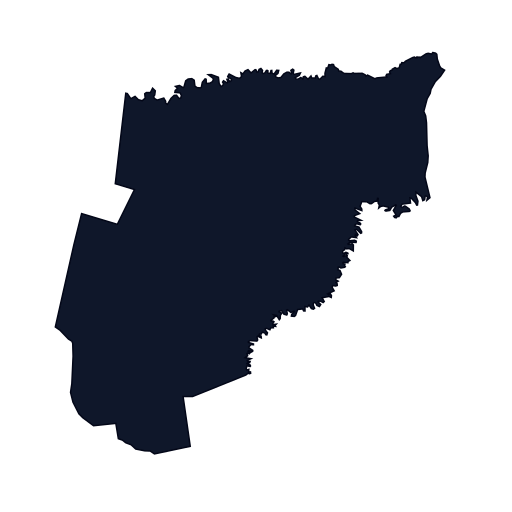 Preah Netr Preah, Bântéay Méanchey, Cambodia (Natural Earth projection), rotated 264°
{"feature_id": "14789045B34870424787449", "entity_name": "Preah Netr Preah", "entity_type": "district", "adm_level": 2, "iso_a3": "KHM", "parent_name": "Cambodia", "parent_adm1": "Bântéay Méanchey", "projection": "natural_earth1", "projection_center": [103.28, 13.553], "detail": "fine", "context": "isolated", "style": "filled", "palette": "ink", "viewbox_px": 512, "rotation_deg": 264, "n_neighbors": 0, "source": "geoboundaries", "source_scale": "gbopen_adm2", "svg_char_len": 6147}
<svg xmlns="http://www.w3.org/2000/svg" viewBox="0 0 512 512"><g transform="rotate(264 256 256)"><path d="M295.8,435.1L316.8,432.3L320.8,432.9L331.0,436.6L337.6,437.7L347.9,437.7L370.6,439.5L377.6,439.4L382.3,438.0L394.6,442.7L399.5,446.2L403.6,447.5L410.6,452.5L415.4,458.2L421.1,463.0L423.7,459.5L425.7,458.5L432.9,456.9L437.7,456.9L439.0,455.8L439.9,453.1L438.5,451.8L439.6,448.4L439.3,446.3L436.1,440.1L436.6,440.0L436.8,438.1L436.3,436.9L437.1,436.8L436.4,435.0L437.3,434.3L437.0,432.6L434.1,425.0L432.7,423.4L433.1,421.2L431.6,420.6L431.6,419.4L428.2,418.1L427.7,415.7L428.8,414.0L427.5,411.0L426.5,410.6L426.3,409.0L425.1,408.1L423.3,408.8L423.0,405.0L421.8,404.2L420.4,404.8L420.5,394.9L419.9,392.7L424.3,385.8L423.3,384.1L424.8,383.5L426.6,380.7L427.3,372.7L428.0,371.7L427.4,369.9L428.4,362.5L430.9,359.8L431.3,357.7L433.1,357.3L436.2,353.6L438.3,353.1L438.7,351.6L438.2,350.2L438.7,348.5L435.9,347.2L435.3,346.5L435.7,345.6L430.6,343.7L427.2,343.4L427.8,341.3L425.0,337.9L425.9,336.6L429.2,335.4L428.8,334.2L426.8,333.6L427.2,330.0L429.3,329.5L426.4,326.2L429.6,323.4L429.3,321.8L427.2,321.1L428.8,319.2L427.5,316.4L427.7,314.4L429.2,313.6L431.2,318.0L433.4,319.3L432.6,312.7L433.8,312.1L436.9,313.1L438.0,312.0L437.0,310.1L434.6,310.6L433.4,309.9L435.3,308.0L435.6,306.0L434.2,302.7L430.9,299.4L430.8,296.5L432.1,294.3L433.5,294.1L435.3,296.9L438.2,298.0L438.6,296.0L435.0,292.9L436.3,291.0L438.9,291.1L438.9,290.3L436.2,289.4L436.4,287.6L437.2,286.7L438.8,287.3L439.5,286.5L439.4,285.7L437.1,283.9L436.7,282.3L437.6,281.2L439.9,281.9L442.0,280.5L441.3,278.6L438.8,277.3L438.6,276.3L441.3,275.3L441.4,274.5L438.6,270.2L442.2,267.5L441.1,264.4L438.5,262.1L439.9,260.1L436.0,260.4L434.4,258.2L435.7,254.5L439.8,248.3L437.5,246.6L436.6,247.0L434.6,250.1L433.1,249.8L432.1,248.2L434.9,246.8L434.8,245.5L431.9,246.3L431.2,245.3L433.7,242.0L432.4,240.9L430.8,241.7L429.2,240.9L428.1,238.9L431.4,237.4L437.7,237.3L441.1,230.5L441.3,227.5L437.4,231.7L436.2,232.1L434.0,231.0L432.7,228.2L432.8,224.6L437.0,224.9L437.5,223.9L434.4,220.8L429.4,219.2L429.0,218.4L429.6,215.0L431.4,213.0L437.3,212.9L439.1,210.7L439.1,207.0L437.6,204.4L431.6,202.0L431.1,201.1L433.6,197.7L433.1,193.6L431.0,195.6L429.1,193.0L427.2,192.4L426.2,197.5L423.5,198.6L420.9,197.6L420.8,195.8L424.2,193.8L424.3,191.4L421.7,188.0L416.0,183.7L417.5,182.1L419.4,182.3L422.7,180.8L421.4,174.0L423.4,171.3L425.4,170.9L426.7,172.1L430.8,173.1L433.7,170.7L429.6,168.1L430.0,164.0L429.0,162.3L424.6,162.3L422.3,159.0L423.8,155.3L427.4,152.4L425.7,148.4L426.0,147.7L431.0,145.0L431.5,143.5L342.6,123.6L334.8,142.1L302.0,121.4L316.4,87.0L286.4,76.1L206.4,49.0L202.7,53.3L193.0,60.8L190.5,64.0L188.3,64.6L175.4,63.6L148.3,59.5L139.8,57.3L129.8,58.7L117.5,63.4L113.2,66.9L104.2,76.7L104.2,99.1L88.7,100.0L86.8,104.0L83.9,106.9L81.3,112.1L76.6,116.2L73.9,124.9L73.1,130.4L69.8,134.3L73.6,170.7L123.9,168.8L122.9,178.3L138.7,233.5L140.2,235.8L139.6,237.2L139.9,238.4L141.3,238.4L141.6,236.5L144.0,237.0L143.6,234.9L144.8,234.4L147.8,235.5L146.7,238.6L147.1,239.0L148.1,238.9L149.9,235.7L151.1,236.9L150.4,237.4L150.5,238.5L151.7,239.1L152.0,236.7L153.0,236.3L154.4,240.2L156.0,234.5L157.7,237.3L160.0,236.7L160.3,237.6L159.4,239.0L160.5,240.2L161.9,238.2L162.7,238.6L162.1,240.8L161.0,241.6L161.7,242.8L162.5,242.9L165.4,239.4L166.5,239.5L168.4,241.7L168.0,244.2L168.8,244.3L170.8,239.4L171.5,239.4L172.5,241.3L171.3,248.0L172.3,248.9L175.4,248.5L176.1,249.1L174.0,252.7L175.9,252.7L176.8,250.6L178.1,251.3L177.7,252.8L179.6,254.4L178.4,256.8L176.7,257.5L176.4,258.5L178.4,259.4L181.3,257.6L182.8,257.6L182.9,259.1L181.2,262.1L183.0,263.1L182.8,265.8L184.4,265.8L184.0,268.0L184.8,267.5L186.1,269.0L186.0,265.6L187.0,265.5L188.7,267.0L189.5,266.1L189.6,264.3L190.4,264.0L192.6,267.5L193.4,267.4L193.7,269.1L195.6,267.4L194.7,270.3L190.2,272.5L191.2,273.5L194.4,274.0L196.4,275.6L198.0,273.0L198.7,273.2L199.0,275.7L195.2,277.7L194.1,280.4L195.2,281.1L199.0,280.8L199.3,281.6L196.2,284.8L197.3,288.0L196.6,288.4L194.2,285.4L192.5,284.9L191.9,287.8L192.7,289.1L198.4,291.8L198.5,296.9L196.4,297.6L196.2,299.0L200.7,299.4L199.9,301.9L201.7,303.6L197.9,305.6L197.1,307.5L197.9,308.8L201.3,307.8L203.0,308.1L203.7,309.0L203.1,310.4L200.5,311.4L199.1,313.8L201.0,315.3L204.0,312.8L204.5,313.3L204.3,315.5L202.7,317.9L203.6,319.1L207.6,317.4L208.1,324.4L206.9,326.5L208.7,326.9L210.5,326.1L209.9,324.0L210.9,323.1L213.2,330.1L216.8,328.5L217.9,328.8L218.5,329.5L217.8,332.1L218.2,333.7L219.9,333.8L221.3,332.8L222.4,335.1L224.0,332.7L225.8,333.4L225.7,336.6L228.9,339.2L232.8,338.0L233.6,336.2L236.2,336.5L236.4,337.4L235.2,339.2L235.5,342.9L236.0,343.7L237.1,343.1L238.6,343.6L239.3,341.7L240.2,341.5L240.7,342.1L239.7,346.7L241.0,347.0L241.7,348.9L245.2,346.2L246.8,346.8L247.2,346.3L246.2,343.3L246.8,342.5L248.5,344.6L248.7,347.7L249.3,347.6L250.3,345.8L249.5,343.8L249.8,342.6L251.9,342.6L253.0,344.8L254.8,345.3L253.7,346.6L253.6,349.6L250.9,353.3L256.8,354.0L258.1,353.0L257.9,349.1L258.4,348.6L259.9,350.9L259.0,356.9L260.3,357.3L261.4,355.7L261.4,350.8L262.0,349.7L262.8,349.8L265.0,352.8L263.7,357.9L266.2,356.7L267.1,357.1L265.5,358.8L266.6,359.7L271.6,357.1L271.9,359.0L267.6,362.5L267.9,363.4L269.2,363.6L274.0,361.4L275.7,357.3L277.0,358.1L277.5,359.6L276.2,362.9L276.9,363.5L278.1,362.8L279.2,360.4L279.9,360.4L280.5,360.7L280.5,364.2L284.5,357.8L285.9,358.2L287.3,363.6L291.5,359.2L293.3,359.5L290.1,366.0L291.7,366.1L294.5,364.7L299.0,366.9L298.3,371.9L296.1,374.8L296.0,376.3L297.9,379.6L297.9,382.0L300.7,382.9L300.5,383.6L295.9,383.0L293.8,384.0L290.9,383.1L292.2,385.1L292.5,387.7L290.8,392.5L289.8,393.2L289.1,392.7L288.3,389.4L287.7,389.0L287.1,389.9L287.3,393.8L290.4,396.1L292.3,400.3L291.8,400.8L286.9,397.3L282.2,399.6L281.2,397.1L279.8,397.9L279.3,399.4L280.6,400.9L280.3,402.2L283.3,404.2L284.5,406.6L284.3,413.1L284.8,414.0L286.8,413.3L289.9,409.8L290.2,408.9L288.9,406.4L290.2,405.1L292.3,406.8L292.5,415.2L297.7,415.1L297.2,416.5L292.3,420.2L289.8,421.1L289.8,421.9L293.6,422.8L299.5,421.3L302.8,421.7L297.7,426.9L293.6,427.7L294.3,429.6L297.9,430.5L298.1,431.4L296.8,432.8L293.6,431.8L295.8,435.1Z" fill="#0f172a" stroke="#020617" stroke-width="1.5"/></g></svg>